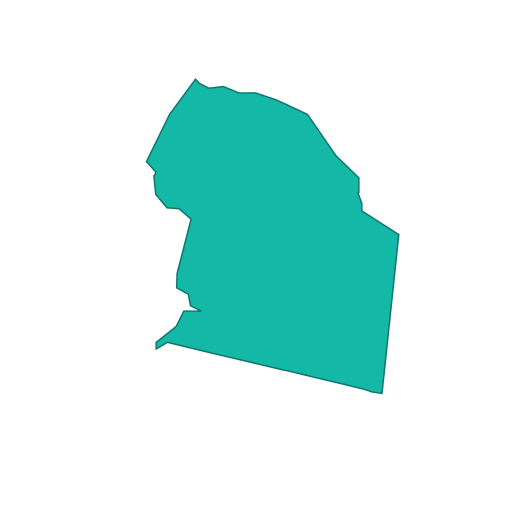 outline of Scotland, North Carolina, United States of America, rotated 329°
{"feature_id": "52423323B8498333390768", "entity_name": "Scotland", "entity_type": "district", "adm_level": 2, "iso_a3": "USA", "parent_name": "United States of America", "parent_adm1": "North Carolina", "projection": "robinson", "projection_center": [-79.504, 34.837], "detail": "fine", "context": "isolated", "style": "filled", "palette": "teal", "viewbox_px": 512, "rotation_deg": 329, "n_neighbors": 0, "source": "geoboundaries", "source_scale": "gbopen_adm2", "svg_char_len": 826}
<svg xmlns="http://www.w3.org/2000/svg" viewBox="0 0 512 512"><g transform="rotate(329 256 256)"><path d="M376.9,254.5L384.4,242.0L376.2,211.3L373.0,161.1L354.3,133.3L339.6,116.0L325.4,107.6L315.4,94.0L302.0,87.9L296.3,78.7L295.2,73.3L254.9,90.1L210.7,118.7L213.4,132.4L212.5,133.0L212.0,133.7L211.4,134.2L209.7,134.7L201.8,151.6L204.6,168.9L214.4,175.9L219.3,191.0L179.4,230.3L171.6,242.4L178.3,253.9L174.2,264.9L180.8,275.1L165.7,266.1L151.3,275.3L126.0,278.6L122.6,284.2L124.7,284.3L126.2,284.3L135.6,284.4L165.9,314.3L167.8,316.2L219.3,366.4L224.7,371.4L240.9,387.4L249.9,396.2L250.8,397.1L272.0,417.9L280.1,426.0L285.8,432.6L287.9,434.2L293.2,438.7L389.4,311.2L369.9,271.8L373.7,265.6L375.9,254.6L376.0,254.5L376.1,254.4L376.5,254.3L376.7,254.6L376.9,254.5Z" fill="#14b8a6" stroke="#0f766e" stroke-width="1.5"/></g></svg>